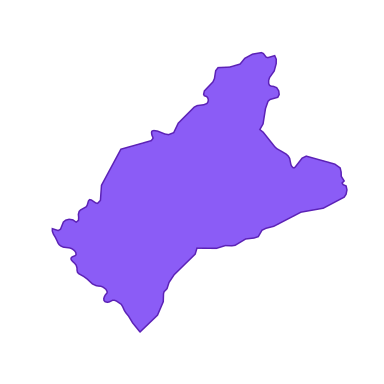 an SVG outline of Calvados, rotated 149°
{"feature_id": "FRA-5275", "entity_name": "Calvados", "entity_type": "Metropolitan department", "adm_level": 1, "iso_a3": "FRA", "parent_name": "France", "parent_adm1": "", "projection": "mercator", "projection_center": [-0.269, 49.094], "detail": "fine", "context": "isolated", "style": "filled", "palette": "violet", "viewbox_px": 384, "rotation_deg": 149, "n_neighbors": 0, "source": "natural_earth", "source_scale": "10m", "svg_char_len": 2349}
<svg xmlns="http://www.w3.org/2000/svg" viewBox="0 0 384 384"><g transform="rotate(149 192 192)"><path d="M55.9,123.1L58.7,122.4L58.7,120.5L56.8,117.8L58.1,114.0L61.1,110.7L64.2,109.2L87.8,110.5L109.0,118.6L139.6,120.5L147.3,122.8L151.7,123.2L158.2,119.6L162.5,120.6L170.2,124.1L182.5,124.1L185.6,125.4L191.0,128.9L200.0,131.1L216.7,141.3L221.3,137.1L249.9,130.3L258.3,126.3L263.2,122.0L267.3,120.9L268.8,119.5L273.1,112.8L285.0,104.2L307.3,99.1L308.6,98.8L308.8,99.7L310.3,110.4L310.3,118.3L310.9,122.4L311.0,125.1L310.5,129.5L310.5,132.2L312.9,137.4L314.2,139.1L315.8,140.1L319.5,140.4L321.3,141.0L323.0,142.7L323.3,144.4L322.5,146.1L321.0,147.4L319.3,148.4L316.7,149.3L316.3,149.8L316.0,150.6L315.9,152.9L316.6,154.8L317.5,156.7L318.7,158.2L320.4,159.4L322.4,161.1L324.7,164.5L326.7,171.5L328.3,175.3L331.2,180.4L331.5,182.2L330.8,184.2L329.7,186.1L329.0,188.9L329.3,191.3L330.1,194.0L330.4,195.9L330.2,197.0L329.4,197.8L328.1,198.1L324.9,197.6L323.6,198.0L322.8,200.0L322.9,202.0L323.6,204.0L324.5,205.7L325.8,207.2L330.7,211.0L332.3,213.4L333.0,215.3L333.1,216.9L333.1,217.5L332.8,219.7L332.5,223.3L332.5,227.2L332.2,228.9L331.8,230.6L330.6,232.5L326.6,227.9L323.9,227.8L317.7,232.5L314.7,232.9L311.4,231.9L308.5,229.5L306.8,225.8L303.9,226.2L302.3,228.5L300.9,231.4L298.7,233.5L296.7,234.0L290.4,233.8L288.7,234.6L285.3,237.7L283.7,238.2L282.4,237.0L280.1,232.1L278.8,230.9L274.8,232.0L266.1,244.4L230.9,265.3L200.5,257.0L197.9,258.0L197.4,258.9L197.1,261.2L196.7,262.4L196.0,263.9L195.2,264.7L194.3,264.7L193.0,264.3L190.2,262.0L185.3,255.6L182.5,253.2L177.1,252.3L168.3,258.1L146.4,263.6L143.1,263.4L136.9,260.7L133.7,260.2L132.4,260.7L131.2,261.7L130.3,263.2L130.0,265.1L130.5,266.6L131.3,267.4L131.9,268.3L131.7,269.8L129.3,272.3L117.3,275.6L114.3,277.7L109.2,283.8L105.6,285.2L95.5,279.7L84.9,276.9L77.9,279.4L69.1,279.0L60.7,275.7L59.5,273.9L59.0,269.4L57.8,268.1L50.9,266.3L51.4,262.4L53.7,258.7L59.2,253.4L66.5,250.2L68.8,248.2L70.4,245.5L70.6,243.5L69.6,241.9L67.7,240.5L65.7,237.8L65.6,234.0L67.1,230.6L69.7,229.0L77.4,231.1L80.1,230.6L86.0,225.7L96.0,213.8L101.7,210.6L100.2,206.6L97.8,188.3L97.0,185.5L91.8,176.1L91.0,173.3L91.0,170.5L93.1,164.6L93.3,162.6L92.8,160.7L92.0,160.1L90.8,160.2L80.2,164.3L75.6,163.9L55.2,142.3L52.6,136.3L53.9,132.3L56.0,128.5L55.9,123.1Z" fill="#8b5cf6" stroke="#5b21b6" stroke-width="1.5"/></g></svg>